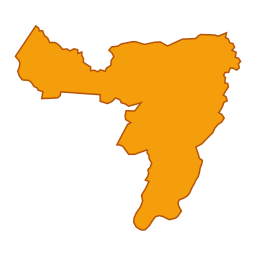 Quinze de Novembro, Rio Grande do Sul, Brazil (orthographic projection)
{"feature_id": "56859067B70559622092881", "entity_name": "Quinze de Novembro", "entity_type": "district", "adm_level": 2, "iso_a3": "BRA", "parent_name": "Brazil", "parent_adm1": "Rio Grande do Sul", "projection": "orthographic", "projection_center": [-53.12, -28.781], "detail": "fine", "context": "isolated", "style": "filled", "palette": "amber", "viewbox_px": 256, "rotation_deg": 0, "n_neighbors": 0, "source": "geoboundaries", "source_scale": "gbopen_adm2", "svg_char_len": 2190}
<svg xmlns="http://www.w3.org/2000/svg" viewBox="0 0 256 256"><path d="M220.6,110.1L222.5,106.4L224.0,102.3L227.2,100.8L226.0,96.8L223.4,95.2L225.5,91.2L228.4,87.0L227.7,83.5L224.8,82.8L225.4,77.6L223.6,75.4L225.0,72.5L228.6,72.3L230.4,68.0L233.5,68.4L236.7,70.1L239.3,67.8L238.4,63.8L240.6,61.4L238.5,58.2L235.3,57.3L236.1,52.3L232.0,50.3L234.6,47.3L232.9,43.5L230.0,43.0L228.2,38.9L225.4,37.5L226.5,32.8L218.2,36.2L214.7,35.0L201.1,34.5L198.7,35.5L195.7,38.5L182.3,39.2L167.4,46.0L160.2,41.9L154.5,42.3L144.5,44.4L135.8,41.8L133.2,41.6L121.5,43.9L117.7,46.2L111.7,46.9L108.9,50.2L111.7,52.7L113.9,56.4L111.2,60.5L110.8,65.4L106.3,68.3L105.2,71.3L100.4,69.8L97.7,71.8L94.2,70.2L90.6,70.7L90.7,66.9L87.1,64.8L83.2,62.1L83.6,59.0L81.9,55.7L81.8,52.0L77.9,53.4L77.7,49.7L73.9,48.8L70.0,51.0L67.2,49.0L62.6,49.3L60.1,46.2L57.5,43.9L54.8,42.5L49.6,42.5L47.7,38.1L44.4,35.5L42.5,30.6L39.3,30.9L38.6,28.0L35.8,25.9L15.4,56.4L18.8,60.4L19.9,63.1L19.3,67.4L17.7,71.2L19.6,76.5L22.3,79.9L28.6,80.4L31.2,82.2L34.1,86.6L36.8,87.6L38.1,90.1L42.9,91.7L41.7,98.6L53.7,98.1L57.8,97.8L60.3,95.5L60.7,91.9L100.2,94.7L100.2,101.3L107.5,103.6L111.8,101.6L115.6,97.9L119.8,99.7L121.2,102.7L125.7,104.1L128.5,106.2L135.3,104.4L141.0,102.7L134.7,111.0L126.1,110.7L125.1,116.0L125.7,119.6L130.8,122.7L127.7,124.3L119.7,139.4L116.9,144.8L120.0,145.1L122.7,146.2L128.8,154.4L134.7,154.3L147.0,149.9L147.2,153.1L149.0,155.6L149.1,158.6L151.7,163.0L150.1,167.5L147.9,169.6L148.6,173.0L148.0,176.0L145.3,180.1L148.9,181.4L147.4,184.8L145.6,188.6L143.8,191.4L141.5,195.4L142.7,201.0L140.6,206.6L136.1,213.3L134.2,217.7L133.7,222.2L136.1,226.8L139.6,229.2L142.3,230.1L145.2,229.7L149.4,225.6L152.6,220.4L155.6,216.6L159.4,215.6L162.8,216.5L169.3,219.7L174.6,218.4L177.3,216.9L181.4,211.1L178.8,206.1L178.0,203.1L179.3,199.8L183.6,198.2L187.2,196.0L189.1,193.9L190.4,191.2L192.3,187.0L194.3,183.7L195.6,180.5L198.3,176.5L199.5,172.0L200.1,168.2L201.7,164.1L202.4,160.4L199.2,158.2L198.6,155.2L197.4,151.8L195.9,147.0L199.5,145.1L202.3,143.5L204.7,140.8L209.0,136.4L212.7,132.8L214.9,128.0L218.3,124.2L221.5,122.2L224.2,118.1L221.8,114.4L218.6,112.6L220.6,110.1Z" fill="#f59e0b" stroke="#b45309" stroke-width="1.5"/></svg>